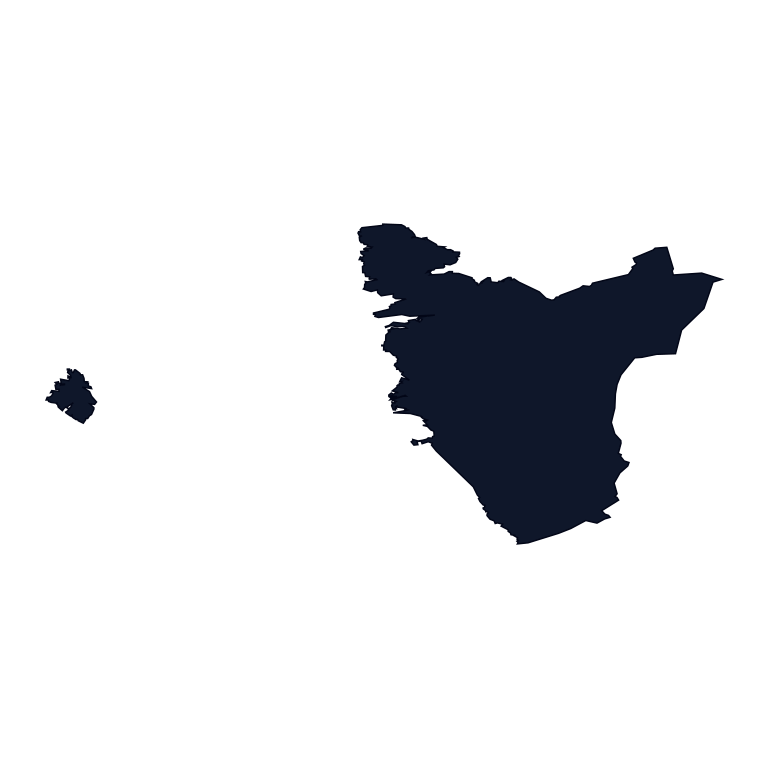 Haugesund nor, Rogaland, Norway (Natural Earth projection)
{"feature_id": "86288312B97968708027313", "entity_name": "Haugesund nor", "entity_type": "district", "adm_level": 2, "iso_a3": "NOR", "parent_name": "Norway", "parent_adm1": "Rogaland", "projection": "natural_earth1", "projection_center": [5.258, 59.444], "detail": "fine", "context": "isolated", "style": "filled", "palette": "ink", "viewbox_px": 768, "rotation_deg": 0, "n_neighbors": 0, "source": "geoboundaries", "source_scale": "gbopen_adm2", "svg_char_len": 6039}
<svg xmlns="http://www.w3.org/2000/svg" viewBox="0 0 768 768"><path d="M539.3,291.9L518.8,282.1L514.0,278.9L512.2,280.0L510.7,279.8L511.6,278.4L510.9,277.5L508.2,277.5L501.5,280.8L504.1,280.7L503.6,281.6L498.9,281.2L497.8,282.7L491.2,282.0L490.2,277.8L487.8,277.7L483.0,280.7L483.3,281.3L481.5,281.5L480.7,282.6L482.7,282.9L480.6,283.1L478.2,285.4L477.0,284.6L478.1,283.0L477.4,283.4L474.4,281.6L474.4,280.3L472.1,278.8L472.1,277.8L458.8,273.5L452.3,273.3L452.4,271.6L449.1,271.6L444.1,274.1L430.0,274.9L431.2,274.0L429.8,272.8L431.0,271.1L426.7,272.5L428.3,270.7L433.9,269.9L435.2,268.4L443.3,267.8L444.6,266.7L444.0,264.1L450.1,264.8L455.7,262.5L457.8,259.2L456.3,257.3L459.2,256.5L458.5,255.5L459.6,253.7L459.5,252.2L452.8,251.9L453.1,251.0L450.6,249.7L447.4,249.7L443.3,247.6L444.7,246.9L437.2,246.3L436.4,244.5L427.2,239.3L426.8,237.6L423.3,238.1L424.2,239.3L416.4,237.4L412.6,237.4L411.2,238.3L412.3,237.0L415.4,237.0L414.5,234.6L412.0,231.5L409.0,229.4L408.6,228.0L405.5,228.0L405.0,226.6L401.5,224.8L382.8,224.1L382.8,225.4L361.9,227.7L360.2,229.7L360.6,231.8L358.6,231.7L358.0,233.1L359.4,235.8L362.0,235.9L359.3,237.2L359.7,240.6L361.1,242.6L363.2,242.7L364.1,244.4L367.2,244.5L367.7,244.8L367.2,246.2L372.3,247.0L371.2,248.3L366.0,247.9L363.9,248.8L363.9,249.5L368.0,250.3L367.9,251.0L360.7,251.5L361.1,253.5L364.1,255.6L362.4,257.6L360.4,256.9L359.2,259.6L362.3,259.7L361.7,261.0L364.3,261.8L363.7,263.8L364.6,265.2L362.5,266.5L362.7,272.6L364.8,272.7L365.6,276.4L369.7,276.8L369.1,278.9L369.6,279.2L375.9,278.7L376.9,279.7L367.4,281.9L365.3,281.5L365.8,283.6L364.7,284.2L364.5,287.6L363.4,289.0L371.1,291.5L377.4,289.9L377.7,292.7L381.2,295.8L393.4,293.9L393.1,297.1L395.7,298.6L406.4,298.9L394.9,302.6L395.3,303.9L391.1,304.5L391.1,305.9L389.4,306.5L389.9,307.9L389.3,309.2L373.5,313.0L373.5,314.3L375.5,314.4L374.9,316.4L378.5,317.5L401.8,314.5L409.7,316.2L434.9,315.1L418.5,317.3L417.3,318.4L422.2,319.3L421.0,320.9L418.9,321.1L419.2,321.8L416.6,320.7L419.7,319.3L416.6,320.3L415.3,319.4L408.4,320.6L408.9,322.1L410.0,322.4L406.5,323.1L408.5,323.9L393.4,322.3L390.2,324.7L390.7,325.0L385.4,326.6L385.7,327.5L391.1,325.6L397.6,326.8L402.2,326.4L405.0,326.7L407.0,328.2L399.8,328.9L391.6,327.7L391.2,328.3L393.3,329.0L388.1,330.1L388.4,331.3L390.7,331.6L389.3,331.9L385.9,335.0L385.6,341.2L384.6,341.8L383.9,345.2L381.8,345.2L381.8,345.8L383.8,345.9L383.6,350.0L385.7,350.0L385.6,351.4L389.8,351.5L393.3,355.2L396.6,356.1L396.3,357.3L398.2,358.9L397.2,360.4L397.4,362.5L395.1,363.7L394.4,365.3L397.1,368.1L398.7,368.0L396.1,369.3L398.8,369.2L400.4,371.7L402.8,371.8L402.7,372.4L403.9,372.7L402.2,372.8L401.7,374.5L409.6,380.2L401.6,377.8L399.7,381.7L401.7,381.5L401.0,382.0L402.2,382.9L399.3,383.6L399.2,385.0L398.0,384.9L397.0,385.7L397.1,387.1L392.3,390.9L398.5,392.6L395.9,392.7L393.5,394.3L391.3,393.0L388.8,395.0L388.9,396.3L392.5,395.4L392.9,395.9L392.4,396.2L397.0,396.4L394.3,397.5L390.3,397.5L391.3,398.2L390.1,399.7L405.2,395.3L406.3,396.2L402.9,396.3L392.6,399.6L392.3,400.8L394.7,400.6L396.2,401.5L394.7,402.0L394.8,403.1L392.0,402.5L392.4,403.6L391.7,405.4L392.3,405.7L391.8,406.2L393.2,409.8L395.4,410.0L395.4,408.5L396.4,408.6L395.4,406.8L396.3,406.1L397.2,406.1L397.2,407.1L404.9,408.3L404.7,408.6L404.9,409.1L405.1,408.3L406.1,408.7L404.7,410.1L409.5,409.9L393.1,412.8L410.4,413.5L421.4,416.4L422.0,416.8L421.5,417.3L423.3,418.7L427.2,420.0L425.9,420.4L427.0,421.4L424.6,420.3L424.0,420.5L425.8,421.3L423.9,421.3L427.4,424.8L422.8,425.3L427.4,426.4L430.9,430.0L433.8,431.2L434.2,435.9L432.6,436.6L432.2,438.2L428.2,437.9L426.7,439.2L422.4,440.3L418.0,441.0L412.8,439.5L413.0,440.5L411.2,441.8L413.9,445.1L417.9,444.7L417.0,441.6L421.1,441.0L422.1,443.7L428.2,441.7L432.4,443.3L431.5,445.1L436.2,450.9L473.3,486.8L477.4,495.1L479.7,497.5L478.5,498.5L480.0,501.5L483.2,505.0L485.7,505.4L484.7,505.7L484.6,507.4L483.1,508.0L483.3,508.9L485.5,510.5L485.8,511.8L487.2,511.6L488.4,512.9L486.6,514.5L487.2,514.2L487.0,515.6L490.0,519.2L494.1,520.8L495.2,523.5L497.5,522.9L502.7,524.2L501.1,526.1L508.1,529.7L508.2,531.4L510.4,532.8L511.0,534.7L514.4,535.3L514.0,535.7L517.6,537.7L517.0,539.1L518.3,540.5L516.9,541.2L518.1,542.5L517.4,543.9L528.1,542.8L558.6,533.3L570.8,528.5L585.8,520.5L597.0,523.1L604.7,518.9L610.1,517.3L608.5,515.4L604.8,514.1L601.7,510.7L618.6,500.1L617.0,497.5L615.0,496.5L617.1,493.8L614.1,483.1L619.9,472.9L627.8,465.9L629.0,462.5L624.2,461.0L620.5,456.4L621.2,454.7L618.3,453.4L621.0,443.2L620.8,440.6L614.8,434.0L611.3,422.5L614.8,408.1L615.4,393.9L617.1,384.4L621.0,374.8L634.7,357.8L641.9,357.3L656.5,354.3L675.5,353.7L681.6,330.1L703.9,308.5L713.0,282.1L721.9,279.4L701.7,273.1L673.3,275.0L672.2,270.9L673.3,268.8L666.8,247.3L655.1,248.2L653.0,250.1L633.3,258.3L635.0,262.1L636.4,262.7L636.2,264.5L632.0,267.2L632.8,268.6L628.4,274.6L592.5,283.2L591.5,285.2L589.6,286.5L583.1,285.8L579.7,288.2L560.7,295.3L559.5,296.1L559.6,296.9L556.3,297.2L554.1,299.8L551.6,300.2L546.0,298.3L539.3,291.9ZM69.4,369.1L67.3,369.1L67.3,369.8L68.3,369.8L67.6,372.5L70.6,375.3L71.0,377.3L68.0,375.9L67.9,378.0L70.0,378.0L68.8,380.7L60.6,379.2L61.4,383.9L64.5,384.0L64.5,384.7L60.3,385.3L60.4,383.2L58.3,383.2L58.4,381.8L55.2,382.5L56.9,384.3L55.1,385.2L55.9,389.3L59.0,389.3L58.9,391.4L51.7,390.6L50.6,392.6L52.7,392.3L53.1,393.3L51.5,396.0L49.3,397.3L47.2,397.3L46.1,400.0L48.2,400.0L48.6,401.4L51.1,402.4L57.0,403.2L56.6,403.8L58.9,406.0L58.0,406.1L58.3,407.1L62.4,410.7L64.2,408.2L65.8,407.1L67.1,407.9L68.1,406.2L73.4,402.6L70.9,405.0L71.6,405.6L70.5,407.6L68.0,408.8L68.7,410.1L65.6,412.1L66.0,412.9L70.5,416.0L72.1,415.0L72.2,416.0L71.5,416.2L73.4,417.9L76.1,419.6L77.6,419.4L78.2,420.7L83.3,423.2L85.6,419.8L85.6,418.5L87.7,418.5L89.4,415.8L91.5,414.5L93.9,409.1L93.9,407.7L89.8,403.8L94.6,404.4L96.5,402.0L91.7,396.4L89.5,391.6L82.2,387.1L91.6,388.6L90.9,386.8L88.3,385.9L88.4,383.1L86.3,383.1L87.4,381.8L84.3,381.7L84.0,378.3L82.6,374.8L80.5,374.8L80.0,373.4L75.5,369.9L74.5,369.9L73.3,372.6L72.3,372.6L71.4,369.9L69.3,370.5L69.4,369.1Z" fill="#0f172a" stroke="#020617" stroke-width="1.5"/></svg>